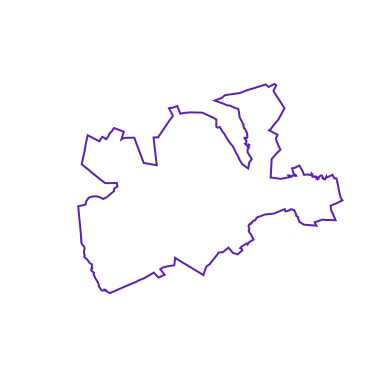 outline of Jitotol, Chiapas, Mexico, rotated 144°
{"feature_id": "50627088B7857917037309", "entity_name": "Jitotol", "entity_type": "district", "adm_level": 2, "iso_a3": "MEX", "parent_name": "Mexico", "parent_adm1": "Chiapas", "projection": "natural_earth1", "projection_center": [-92.885, 17.089], "detail": "fine", "context": "isolated", "style": "outline", "palette": "violet", "viewbox_px": 384, "rotation_deg": 144, "n_neighbors": 0, "source": "geoboundaries", "source_scale": "gbopen_adm2", "svg_char_len": 5925}
<svg xmlns="http://www.w3.org/2000/svg" viewBox="0 0 384 384"><g transform="rotate(144 192 192)"><path d="M318.8,184.3L319.1,183.7L320.0,183.4L320.3,182.3L320.2,181.6L320.9,179.4L321.0,176.6L321.2,174.8L321.9,171.9L322.9,170.1L322.9,166.2L322.6,165.0L320.5,163.8L320.1,164.4L319.3,163.3L319.8,162.5L318.6,160.1L317.7,158.4L299.3,154.4L296.6,153.7L294.2,153.2L289.5,152.0L287.3,151.9L284.5,151.1L281.6,150.5L279.0,150.0L277.3,150.0L273.0,149.5L270.2,149.2L270.1,147.9L269.3,142.4L266.2,141.8L265.6,141.7L262.8,141.1L263.0,148.2L259.7,148.0L255.4,146.2L249.4,143.1L244.3,148.7L243.3,145.9L242.6,144.3L241.6,141.7L239.7,137.4L232.7,120.8L231.7,118.1L224.8,122.9L223.8,123.2L222.9,123.4L222.3,123.3L221.5,123.1L220.7,123.1L209.0,126.3L205.7,127.4L205.1,126.8L203.1,125.7L202.5,125.2L201.6,125.2L199.8,125.3L195.2,125.6L194.7,118.7L193.7,117.3L192.6,116.1L191.7,114.7L185.5,115.2L185.2,116.5L186.0,118.3L183.7,118.7L178.6,118.3L177.9,118.2L177.9,116.8L175.8,117.7L175.7,117.8L173.8,117.7L170.2,117.3L170.0,118.3L169.7,120.5L169.6,120.8L169.5,121.4L169.2,122.2L169.4,123.2L169.2,123.7L169.4,124.9L169.1,125.6L169.3,126.3L169.0,127.1L168.8,127.1L168.6,127.7L167.6,128.2L166.8,129.5L166.8,130.1L166.1,131.3L165.5,131.9L164.9,132.0L163.9,131.7L163.9,132.2L163.1,132.3L162.2,132.0L161.5,131.9L160.8,132.3L159.7,132.5L159.2,132.7L158.5,132.4L157.9,132.1L157.0,132.1L156.2,132.6L155.4,132.9L154.8,133.0L154.4,133.2L153.7,133.0L153.2,133.1L152.0,132.5L148.4,131.5L146.7,131.2L138.6,126.5L127.0,123.6L127.0,123.4L127.4,122.1L127.8,121.6L127.3,121.1L126.7,120.7L125.6,120.4L125.0,120.4L124.4,120.0L123.5,120.0L122.6,120.1L122.3,119.8L121.8,119.6L121.5,119.4L121.0,118.7L120.8,117.7L120.0,117.2L121.0,112.2L121.6,111.6L121.5,110.6L121.2,110.3L121.2,109.9L120.9,109.5L120.9,109.3L121.1,108.8L121.8,107.9L121.8,107.6L122.0,107.3L122.0,107.0L122.1,106.8L122.1,106.3L122.5,105.3L122.7,104.9L120.8,99.9L111.1,91.6L110.6,95.4L102.7,93.0L100.4,90.9L92.4,84.8L90.1,95.4L88.0,99.4L84.9,98.8L82.0,98.0L75.2,96.8L75.3,98.7L75.1,99.7L73.8,103.3L72.9,105.4L69.8,111.9L67.2,118.0L68.3,119.0L68.9,119.3L68.2,123.3L74.1,124.4L74.6,124.6L74.2,125.5L76.3,124.4L77.0,124.1L77.7,124.8L77.6,125.0L77.6,126.2L77.7,126.3L77.8,126.3L78.0,126.2L78.3,126.5L77.1,128.5L77.4,129.2L78.1,129.7L78.7,129.7L80.4,129.6L81.0,129.7L81.0,129.1L81.3,128.8L81.7,128.7L81.8,128.5L82.1,128.8L82.3,129.0L83.0,128.7L83.0,129.6L83.5,129.7L83.5,130.1L83.4,130.3L83.1,130.4L82.8,130.9L82.5,131.3L82.9,132.1L83.5,132.0L83.9,132.3L84.1,132.4L84.7,133.1L84.8,133.2L84.8,133.5L85.5,133.4L85.6,133.7L85.4,134.1L85.2,134.5L84.9,134.9L84.9,135.0L84.2,135.7L84.3,135.9L84.5,136.2L84.5,136.6L85.0,136.2L85.3,136.2L86.2,136.2L88.9,138.8L89.5,139.0L91.3,140.0L90.2,144.4L89.6,150.3L94.0,151.0L97.1,152.3L99.1,147.1L98.0,144.2L98.1,143.8L98.7,144.2L99.1,144.4L99.4,144.8L99.8,145.6L100.0,145.9L100.9,145.9L101.4,146.1L102.1,146.1L102.5,146.3L103.3,148.1L104.3,148.7L104.2,147.9L103.8,146.4L112.5,150.5L119.8,157.5L108.2,171.8L100.9,173.5L95.6,174.2L94.7,179.1L94.4,180.0L93.8,183.2L93.3,184.5L92.6,186.2L90.2,187.2L89.1,188.1L89.6,188.8L90.8,191.5L93.4,196.6L91.4,196.6L90.0,197.1L86.0,198.2L80.8,199.6L79.4,199.9L67.9,205.4L66.9,224.1L66.6,225.9L65.7,226.4L61.1,228.9L61.9,231.0L68.2,231.9L69.1,235.6L88.3,242.2L94.3,243.7L95.4,244.1L108.3,250.9L113.0,250.7L114.6,251.2L116.7,251.7L119.8,252.6L117.7,249.3L116.3,247.3L115.2,245.9L114.0,243.9L112.9,241.9L112.0,240.9L110.5,239.6L107.3,234.0L106.1,232.6L105.8,231.9L106.7,229.7L109.5,224.6L110.1,220.7L110.7,217.7L110.7,216.1L110.8,215.8L111.3,215.7L112.4,213.1L112.0,212.3L112.3,210.3L112.9,207.1L115.0,203.8L115.7,203.5L118.2,205.5L117.6,204.2L117.7,203.2L118.0,202.9L117.8,201.4L117.9,201.2L118.8,200.7L119.4,199.5L120.7,199.7L120.1,196.6L119.6,197.1L118.9,196.6L118.5,196.8L118.5,196.7L118.1,196.2L120.4,195.3L120.0,194.3L121.6,193.9L122.2,193.7L122.4,193.1L123.2,192.1L123.7,191.4L124.3,183.5L128.4,182.2L129.0,181.5L129.8,180.8L131.9,178.8L132.7,178.0L133.5,179.9L134.9,185.0L134.8,188.8L134.5,191.1L134.3,191.1L133.7,194.3L133.5,196.1L133.4,197.5L132.4,203.1L132.1,205.2L132.4,208.6L132.4,209.9L132.3,212.5L132.3,213.4L132.0,217.5L131.6,220.1L131.8,222.3L131.6,225.5L131.3,228.2L133.6,229.1L134.0,230.5L129.7,236.4L131.2,239.7L137.1,250.2L146.4,257.3L152.0,260.7L152.5,261.0L153.2,261.3L154.0,261.5L155.4,262.2L153.4,270.3L156.8,271.2L158.3,271.8L158.9,271.8L160.1,272.9L161.4,273.3L162.0,268.8L162.8,264.7L163.0,264.7L164.0,264.3L167.4,263.4L183.3,257.6L186.5,256.6L187.0,256.0L191.1,258.7L204.8,234.4L214.0,243.9L206.8,269.8L212.5,274.0L215.9,275.9L218.2,276.0L211.8,280.8L217.4,289.6L221.4,288.2L224.2,287.8L226.7,286.4L230.1,285.2L230.4,285.1L230.7,285.4L230.8,286.1L230.9,287.1L231.1,287.5L231.4,287.8L232.2,289.4L235.3,288.3L236.2,287.8L237.2,287.5L243.0,299.2L247.2,295.6L250.4,292.6L253.0,289.9L254.4,289.0L254.6,288.3L258.6,284.9L259.4,284.3L259.7,284.0L264.9,279.3L264.2,276.4L263.1,272.6L262.5,270.2L262.1,268.5L261.8,267.2L260.4,262.1L259.8,259.9L259.5,258.8L259.3,257.8L257.0,250.1L256.1,249.6L255.3,248.9L249.4,244.8L248.5,244.2L247.5,243.4L249.1,240.3L250.8,240.4L252.9,240.5L253.3,240.2L253.8,239.5L254.7,238.5L255.3,238.5L261.3,238.2L262.5,237.9L263.1,237.9L264.1,237.9L265.3,238.1L267.9,238.5L269.7,242.0L272.1,244.9L275.9,247.2L278.9,248.1L283.3,246.5L284.4,245.3L284.6,245.2L285.5,244.4L292.5,247.3L306.9,222.8L307.8,221.6L308.8,219.6L309.1,219.2L309.5,219.0L310.0,218.0L311.1,216.4L311.3,215.8L311.4,215.2L311.6,214.5L311.7,213.9L311.4,211.3L311.7,210.2L311.9,209.8L312.3,209.3L312.7,208.7L314.1,207.8L314.2,207.5L314.4,207.0L315.0,206.5L315.3,205.9L315.3,205.7L315.7,205.0L315.8,204.5L316.1,203.5L317.3,202.8L317.2,201.5L316.7,200.5L316.4,197.9L316.4,196.8L316.5,195.9L316.5,194.8L316.3,194.1L316.1,193.7L315.9,193.2L315.5,192.4L316.4,190.7L316.8,190.4L317.6,190.0L317.7,189.6L317.4,189.1L317.6,188.7L319.2,188.4L319.4,188.3L319.5,187.4L319.4,186.5L318.8,184.3Z" fill="none" stroke="#5b21b6" stroke-width="2"/></g></svg>